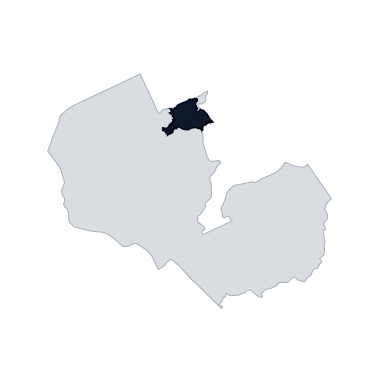 Mwinilunga, North-Western, Zambia shown in context, rotated 65°
{"feature_id": "96606910B26185337086625", "entity_name": "Mwinilunga", "entity_type": "district", "adm_level": 2, "iso_a3": "ZMB", "parent_name": "Zambia", "parent_adm1": "North-Western", "projection": "robinson", "projection_center": [24.888, -12.156], "detail": "fine", "context": "in_parent", "style": "filled", "palette": "ink", "viewbox_px": 384, "rotation_deg": 65, "n_neighbors": 0, "source": "geoboundaries", "source_scale": "gbopen_adm2", "svg_char_len": 9254}
<svg xmlns="http://www.w3.org/2000/svg" viewBox="0 0 384 384"><g transform="rotate(65 192 192)"><path d="M248.0,255.4L233.4,255.4L228.1,256.8L223.7,258.8L218.5,261.9L215.5,264.1L214.6,265.3L214.2,267.9L214.2,272.0L213.6,275.0L212.0,277.7L204.1,281.0L198.9,283.7L193.9,286.9L190.0,291.0L187.4,296.0L183.0,302.3L173.8,313.5L168.6,315.6L164.1,315.1L158.8,312.8L154.6,312.4L151.4,313.8L148.5,313.4L145.9,311.0L143.7,310.2L141.9,310.8L139.5,310.7L135.3,309.4L131.7,305.4L129.7,303.7L128.2,303.1L123.8,302.5L113.8,301.5L103.4,303.5L94.3,305.6L85.0,296.6L76.0,287.2L74.1,284.8L70.7,281.7L68.2,280.1L67.3,279.4L64.8,271.0L63.5,263.2L63.2,189.1L104.2,189.1L106.9,188.8L107.0,188.0L105.1,184.0L105.2,182.6L105.7,179.9L107.5,174.5L107.6,172.7L106.8,166.9L106.8,163.6L107.3,157.0L107.0,154.8L108.0,151.8L108.3,149.9L108.7,149.0L108.2,146.8L107.4,138.9L106.9,135.6L109.4,136.1L110.2,137.7L110.7,139.5L111.8,139.6L114.7,140.6L115.7,142.1L116.4,145.2L116.0,146.9L115.0,148.2L116.0,149.3L117.9,150.1L119.1,149.8L122.4,147.7L125.4,146.9L127.0,146.3L133.8,144.9L135.1,144.2L136.1,144.2L136.7,144.8L136.1,147.0L135.9,149.0L136.8,152.7L137.4,154.5L138.8,155.7L139.8,156.4L141.0,157.8L143.3,157.5L148.5,159.4L150.1,160.3L152.3,161.2L153.8,161.5L159.2,162.2L164.9,163.2L167.8,163.3L169.9,163.1L171.3,162.5L172.2,161.9L172.6,161.4L174.8,154.3L175.9,153.7L177.3,153.4L178.1,154.0L179.0,158.5L183.1,162.6L184.5,165.9L185.5,168.8L186.4,169.6L187.9,170.6L190.4,171.0L192.6,171.1L203.6,176.0L204.8,176.9L206.2,179.6L207.0,182.6L207.8,184.9L209.3,185.4L210.5,185.6L211.8,187.2L212.7,188.6L216.0,194.4L216.4,196.8L218.0,198.3L220.1,199.0L222.1,199.0L223.2,198.4L226.1,197.2L228.3,195.8L229.9,195.3L230.8,195.6L231.5,196.5L232.0,199.5L233.5,200.4L234.7,200.0L235.2,198.9L235.2,198.3L235.3,167.8L234.3,168.1L233.0,168.9L230.1,169.0L229.0,169.7L228.6,170.6L228.8,171.9L228.9,173.6L228.4,174.4L227.2,174.8L225.3,174.1L222.0,173.2L219.2,172.7L217.2,170.4L214.5,167.0L212.7,165.2L208.4,161.6L207.7,160.9L206.4,159.2L205.3,156.4L204.3,153.1L203.7,151.0L204.7,147.7L207.3,137.2L207.9,133.9L210.0,130.5L210.1,127.5L209.3,123.7L209.5,121.6L209.8,109.5L209.3,105.7L207.9,101.4L204.8,95.5L204.8,94.3L209.6,90.4L211.0,89.0L213.5,85.9L215.2,83.3L216.3,81.1L216.6,78.3L215.8,75.7L217.5,75.2L256.8,68.4L257.4,70.2L258.5,73.2L259.9,75.4L261.6,77.4L263.0,78.5L264.0,78.9L270.0,78.8L272.2,79.9L274.1,81.4L274.5,83.7L275.8,85.2L277.1,86.3L277.7,86.5L278.7,86.2L280.3,86.2L281.8,86.7L282.5,87.2L282.6,89.1L283.0,90.0L285.1,90.3L287.2,90.5L289.2,91.8L291.4,92.0L293.9,92.6L295.1,94.0L297.7,95.4L301.0,96.7L304.6,98.9L304.7,99.5L305.3,100.8L305.9,101.7L306.0,103.0L306.3,104.3L307.2,104.6L307.9,104.6L308.6,103.8L309.6,103.8L310.7,104.3L311.0,105.8L311.8,107.7L313.2,109.0L314.1,110.3L313.7,112.6L313.2,114.7L315.0,116.8L317.3,118.7L317.9,119.6L318.1,122.6L318.4,123.6L320.0,126.0L320.8,127.6L320.7,128.6L316.4,133.4L313.7,134.1L312.6,135.1L311.9,136.2L313.6,141.0L314.4,142.8L313.7,145.1L311.9,149.0L311.2,149.3L311.0,152.3L311.5,153.3L312.3,154.2L312.7,156.2L312.6,161.1L311.4,166.8L313.3,171.7L314.0,172.2L316.7,172.3L317.1,172.7L316.5,174.1L314.6,176.2L311.2,177.9L306.3,179.8L305.2,181.6L304.6,184.1L305.1,185.7L305.7,186.5L305.5,188.8L305.1,191.2L305.2,193.0L305.0,194.7L304.3,195.5L303.4,198.0L302.4,200.5L301.5,201.7L300.3,202.9L298.4,203.9L298.4,204.4L300.6,205.5L301.1,206.3L301.3,206.9L300.4,208.2L301.4,208.9L302.6,209.6L303.8,211.2L305.1,214.4L305.3,214.7L305.7,214.7L306.4,214.4L307.8,213.1L308.8,212.7L310.0,214.5L289.5,222.3L284.7,223.9L277.5,226.6L275.2,227.6L273.3,228.6L254.3,234.7L251.3,235.9L244.6,239.0L244.3,239.5L244.4,240.9L245.0,243.9L246.1,246.5L247.1,248.0L247.7,252.0L248.0,255.4Z" fill="#d9dde1" stroke="#a8b0b8" stroke-width="1"/><path d="M109.4,148.4L109.6,149.0L109.0,149.4L108.6,149.5L108.2,150.0L108.2,150.5L108.1,150.8L108.1,151.1L108.4,151.5L108.5,152.2L108.3,152.3L107.9,153.4L107.7,153.7L107.6,154.0L107.3,154.4L107.1,155.2L106.9,155.2L106.8,155.4L107.1,155.8L107.1,156.2L107.3,156.4L107.5,156.8L107.5,157.6L107.7,157.8L107.7,158.3L108.0,158.6L107.8,158.7L107.9,159.2L108.2,159.7L108.1,160.0L107.7,160.1L107.3,161.0L107.3,164.0L107.2,165.8L107.3,168.2L107.6,168.6L107.7,169.2L108.5,169.8L109.0,170.7L108.9,171.2L109.1,171.7L108.6,172.3L109.0,172.5L109.4,173.0L109.1,174.6L108.4,175.0L107.3,176.7L107.8,176.5L108.2,176.6L109.2,176.5L109.9,176.2L110.7,176.4L110.6,177.0L110.9,177.9L110.9,178.7L111.1,178.5L111.7,178.5L112.7,178.0L114.3,176.9L114.7,177.1L114.8,177.6L115.1,177.8L115.5,177.7L116.2,177.0L116.4,177.1L116.8,176.6L117.1,176.5L117.1,176.8L117.1,177.0L117.5,177.2L117.7,177.6L118.0,177.8L117.9,177.9L118.2,177.8L118.4,178.0L118.6,177.8L118.5,178.2L118.7,178.3L118.8,178.1L119.0,178.4L119.0,178.7L119.4,178.6L119.1,178.8L119.3,178.8L119.5,178.9L119.7,178.7L119.8,178.7L119.9,179.0L120.0,179.0L119.9,179.1L119.6,179.2L119.8,179.3L119.8,179.5L120.2,179.8L120.3,179.6L120.4,180.1L120.6,180.2L120.6,180.4L120.8,180.4L121.0,180.7L120.9,180.8L121.0,180.9L121.1,181.3L121.4,181.3L121.3,181.5L121.5,181.5L121.3,182.0L121.5,182.1L121.5,182.3L121.3,182.3L121.6,182.6L121.7,182.8L121.6,183.0L121.9,183.2L122.0,183.5L121.8,183.6L122.2,184.0L122.1,184.3L122.3,184.6L122.1,184.6L122.4,184.9L122.3,185.0L122.5,184.8L122.8,185.0L123.0,185.7L122.9,185.8L123.1,186.1L123.4,186.2L123.4,186.7L123.8,187.1L123.6,187.2L123.7,187.6L123.5,187.8L123.7,187.7L123.9,187.9L123.6,188.0L123.7,188.6L123.9,188.7L123.8,188.9L123.4,188.7L123.4,189.3L122.8,189.4L122.5,190.2L122.4,190.4L122.2,190.3L122.1,190.5L122.0,190.8L121.7,191.0L121.8,191.2L121.6,191.4L121.9,191.5L122.3,191.9L122.5,191.7L122.4,191.6L122.8,191.6L122.6,191.3L122.8,191.1L123.0,191.3L123.0,191.6L123.6,192.2L123.7,191.7L123.9,191.8L124.0,192.0L124.2,191.9L123.8,191.4L124.3,191.2L124.9,191.3L125.3,191.1L125.4,190.9L125.3,190.6L125.6,190.4L125.9,190.3L126.2,190.6L126.2,190.8L126.4,190.8L126.6,190.7L126.7,190.2L127.2,190.0L127.3,190.3L127.8,190.1L128.3,190.5L128.3,190.1L128.7,190.0L128.7,189.8L128.9,189.6L129.1,189.7L129.3,189.5L129.6,189.7L129.6,189.3L129.8,189.2L130.0,189.4L129.9,189.0L129.7,188.9L129.8,188.6L129.2,188.4L129.5,187.9L129.6,188.1L129.8,188.0L130.0,188.1L130.0,187.9L129.8,187.7L129.9,187.4L129.6,187.3L129.8,187.0L129.1,186.6L129.7,186.3L129.9,186.4L130.1,186.3L130.0,186.1L129.7,186.2L129.9,185.7L129.5,185.7L129.6,185.3L129.3,185.3L129.3,185.1L129.1,185.2L129.1,185.4L128.9,185.3L128.8,185.5L128.7,185.3L128.6,185.2L128.3,184.9L128.5,184.6L128.2,184.2L128.5,184.0L128.2,184.0L127.6,183.6L127.9,183.0L128.0,183.0L127.7,182.8L127.7,182.6L127.6,182.3L127.4,182.3L127.1,182.1L127.1,181.7L126.9,181.8L127.0,181.5L126.9,181.4L127.1,181.1L126.8,181.1L126.7,181.0L126.9,180.7L126.7,180.6L126.7,180.4L126.6,180.6L126.4,181.0L126.3,180.8L126.1,180.8L126.1,180.5L125.7,180.5L125.8,180.2L125.9,180.3L126.1,180.2L125.9,180.2L125.9,179.9L125.9,179.6L126.1,179.5L126.0,179.4L125.8,179.4L126.0,179.3L126.0,179.0L126.1,178.9L126.5,179.0L126.3,178.8L126.6,178.4L126.7,178.5L126.9,178.5L126.6,178.3L126.8,178.1L126.7,177.9L127.0,178.1L126.9,177.9L127.1,177.8L126.9,177.8L127.0,177.6L126.7,177.2L126.7,176.9L127.1,177.1L127.0,176.8L127.1,176.5L127.3,176.1L127.5,176.0L127.6,175.8L127.8,175.9L127.9,175.6L128.2,175.7L128.3,175.5L128.8,175.4L129.5,174.6L129.9,174.6L130.1,174.4L130.4,173.9L131.1,173.8L131.4,173.0L131.8,172.8L132.2,172.4L132.5,171.1L132.8,171.1L132.8,170.8L133.0,170.8L133.4,170.4L133.5,169.9L133.8,169.6L134.0,168.9L133.8,168.5L133.5,168.6L133.5,168.3L133.9,167.7L133.7,167.2L133.9,167.1L133.7,166.9L133.3,166.2L133.9,165.6L133.8,165.0L133.9,164.7L133.9,164.1L134.3,164.0L134.3,163.8L134.1,163.4L134.1,162.9L134.4,162.8L134.3,162.7L134.6,162.0L134.8,161.8L134.8,161.4L135.2,161.2L135.4,160.8L135.5,160.8L135.8,160.5L136.3,160.3L136.4,160.0L136.6,160.0L136.7,159.5L137.0,159.4L137.1,158.9L137.7,158.1L139.1,157.5L139.8,156.7L140.6,157.0L140.2,155.9L139.4,155.6L138.9,155.6L138.2,155.0L137.0,154.4L136.8,153.4L136.4,153.0L136.6,152.2L136.1,151.9L136.4,151.7L136.6,151.8L137.0,151.3L136.6,151.2L136.4,149.7L136.2,149.6L136.4,149.2L136.0,148.8L135.9,147.8L136.0,147.7L136.4,147.8L136.6,147.5L136.5,147.1L136.3,146.9L136.1,146.5L137.1,145.9L136.7,145.4L137.1,145.1L137.1,144.6L137.5,143.8L137.2,143.9L136.7,143.6L136.4,143.7L135.7,144.1L135.3,144.1L134.9,144.5L134.4,144.6L134.2,144.8L132.9,144.8L132.3,145.2L131.9,145.1L131.1,145.4L130.9,145.1L130.4,145.2L129.7,145.2L129.2,145.2L129.0,145.4L128.1,145.4L127.7,145.7L126.9,145.5L126.8,146.1L126.3,146.3L125.8,146.3L125.2,146.6L124.9,146.4L124.2,146.4L123.8,146.7L123.7,146.8L123.9,147.2L122.9,147.2L122.9,147.5L122.5,147.7L122.2,148.1L121.8,148.9L120.7,149.4L120.6,149.6L121.0,149.8L121.2,150.5L121.5,150.6L121.4,151.0L121.8,151.6L121.8,152.3L122.0,152.7L121.9,152.9L121.7,152.8L121.6,153.1L121.4,153.2L121.3,153.3L121.1,153.3L121.1,153.6L121.0,153.4L120.8,153.5L120.6,153.9L120.1,153.8L120.1,154.0L119.9,154.1L119.6,154.0L119.6,154.4L119.1,154.2L119.0,153.2L119.2,152.6L118.9,152.0L118.7,152.1L118.7,151.9L118.3,151.8L118.2,152.2L117.8,152.0L117.5,152.3L117.2,152.2L116.9,152.2L116.7,152.1L116.2,151.9L115.9,152.0L115.6,151.8L114.9,151.9L114.8,152.2L114.5,152.2L114.2,151.9L113.1,151.5L112.5,150.3L112.2,149.8L112.0,149.3L111.5,149.1L111.5,148.9L111.0,148.4L110.5,148.1L109.9,148.1L109.4,148.4Z" fill="#0f172a" stroke="#020617" stroke-width="1.5"/></g></svg>